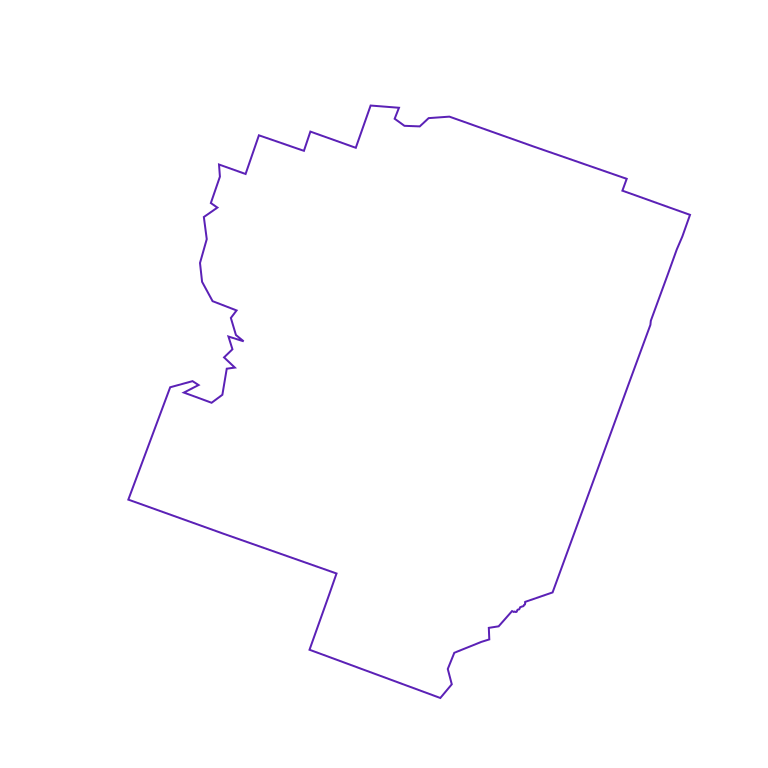 Marion, Florida, United States of America, rotated 290°
{"feature_id": "52423323B27040576130410", "entity_name": "Marion", "entity_type": "district", "adm_level": 2, "iso_a3": "USA", "parent_name": "United States of America", "parent_adm1": "Florida", "projection": "equal_earth", "projection_center": [-82.102, 29.24], "detail": "fine", "context": "isolated", "style": "outline", "palette": "violet", "viewbox_px": 768, "rotation_deg": 290, "n_neighbors": 0, "source": "geoboundaries", "source_scale": "gbopen_adm2", "svg_char_len": 1138}
<svg xmlns="http://www.w3.org/2000/svg" viewBox="0 0 768 768"><g transform="rotate(290 384 384)"><path d="M657.6,354.0L649.1,335.0L638.3,329.5L633.6,314.9L636.9,303.3L648.7,303.6L641.1,276.2L596.3,276.7L596.0,228.5L575.7,229.0L574.9,181.4L534.0,182.1L533.8,153.9L522.7,158.9L494.8,159.4L492.8,167.1L479.3,157.6L459.5,167.9L434.8,169.7L417.8,178.1L403.2,194.6L402.7,220.3L393.7,217.5L379.4,228.1L376.1,237.5L375.4,221.6L364.8,229.7L354.3,224.6L348.4,238.2L344.6,231.0L318.6,235.8L307.4,228.4L307.5,198.9L319.6,210.1L321.2,203.1L307.8,184.2L187.9,183.3L188.4,284.9L189.7,404.2L167.1,404.5L108.8,404.9L108.2,544.3L125.0,550.4L138.0,541.4L155.5,542.0L174.9,563.6L180.0,570.3L190.7,565.9L195.5,574.6L214.4,582.0L214.2,584.0L214.9,584.7L214.8,585.8L215.2,586.4L215.5,586.6L216.9,586.6L217.6,586.8L218.4,588.0L219.0,588.2L220.8,588.3L222.1,589.8L222.7,590.7L223.3,591.1L224.3,591.2L225.0,591.8L226.6,591.6L227.3,591.1L227.6,591.2L245.8,613.7L379.1,613.9L465.8,613.9L530.7,614.1L534.7,613.1L584.3,613.2L610.5,613.1L624.7,613.9L647.6,613.7L647.2,541.9L659.8,541.9L658.3,442.6L657.6,354.0Z" fill="none" stroke="#5b21b6" stroke-width="2"/></g></svg>